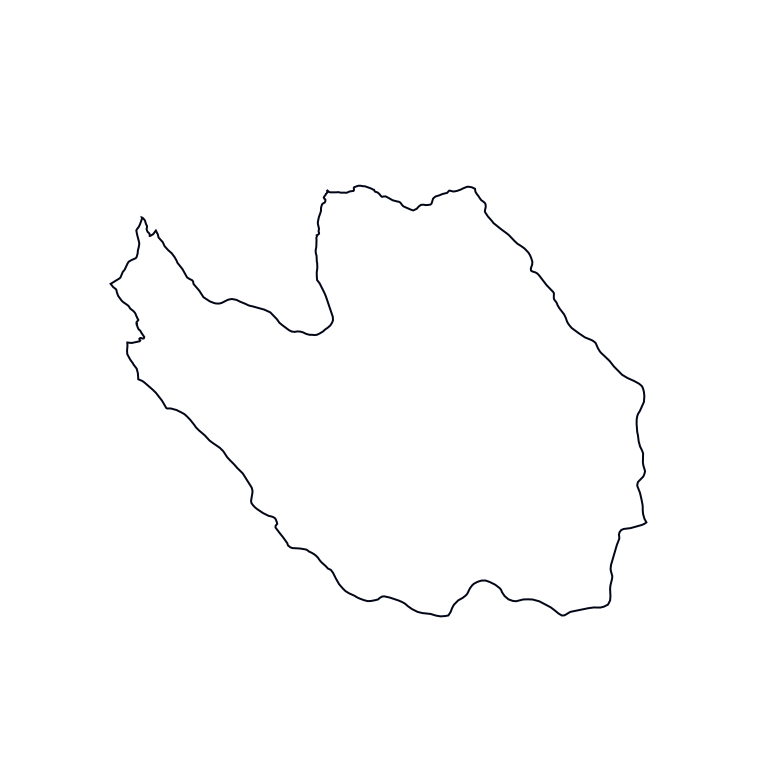 outline of Umbita, Boyacá, Colombia, rotated 286°
{"feature_id": "7082276B74523863570735", "entity_name": "Umbita", "entity_type": "district", "adm_level": 2, "iso_a3": "COL", "parent_name": "Colombia", "parent_adm1": "Boyacá", "projection": "natural_earth1", "projection_center": [-73.449, 5.226], "detail": "fine", "context": "isolated", "style": "outline", "palette": "ink", "viewbox_px": 768, "rotation_deg": 286, "n_neighbors": 0, "source": "geoboundaries", "source_scale": "gbopen_adm2", "svg_char_len": 6164}
<svg xmlns="http://www.w3.org/2000/svg" viewBox="0 0 768 768"><g transform="rotate(286 384 384)"><path d="M453.2,632.2L454.5,629.3L455.0,627.3L455.8,623.7L456.9,616.2L458.5,610.3L464.2,600.2L468.4,594.4L473.8,584.0L474.9,582.4L477.3,579.8L481.8,576.1L482.8,573.8L483.4,571.7L484.2,564.3L486.7,556.6L489.6,548.9L491.2,546.5L492.7,544.5L494.5,542.7L497.4,540.7L500.6,537.9L505.0,531.9L507.6,529.1L509.0,528.1L510.3,526.9L511.1,525.6L512.2,524.3L513.5,523.5L518.1,522.3L519.0,521.4L523.8,513.1L531.5,502.7L532.5,500.8L533.0,498.9L533.1,495.4L533.5,494.1L534.8,493.5L535.7,493.3L539.7,493.5L542.5,492.9L545.9,490.6L548.1,488.8L550.2,486.5L553.0,481.7L554.5,477.5L555.6,473.6L557.4,470.1L561.4,463.3L562.4,461.1L565.0,454.1L568.9,444.8L570.4,442.9L573.7,437.7L576.4,434.5L577.6,433.4L579.6,433.1L581.4,433.1L583.2,432.7L584.6,432.1L585.7,431.3L586.8,428.9L587.5,426.8L588.8,425.1L590.9,422.7L591.9,421.2L594.0,418.9L596.8,417.6L597.3,414.0L596.9,410.8L596.4,409.4L594.0,406.3L591.9,404.0L589.7,400.9L588.4,398.3L588.1,397.1L588.0,394.0L587.8,393.3L585.1,392.0L582.8,387.9L580.4,384.9L578.7,382.2L577.9,381.4L575.8,380.1L571.2,380.0L570.1,379.8L569.2,379.1L568.0,376.4L567.5,374.7L567.2,372.4L566.4,370.2L564.4,368.6L561.4,367.1L559.0,364.4L558.9,363.7L559.0,361.8L559.8,355.8L560.2,353.5L560.8,352.4L562.9,349.7L563.3,347.8L563.1,346.6L563.0,341.6L563.7,338.9L564.8,333.9L564.1,331.8L563.4,330.6L563.5,330.1L563.8,329.4L565.7,326.6L566.4,324.6L566.4,322.6L566.7,321.9L567.9,320.9L567.9,319.8L568.4,317.6L568.8,311.3L568.2,308.5L568.2,307.3L567.7,305.2L566.8,303.6L564.8,301.0L564.2,300.9L562.1,301.7L561.2,301.4L559.6,297.9L557.6,295.5L556.1,289.9L555.9,288.9L555.9,287.4L554.9,284.7L553.4,279.5L553.4,278.2L554.8,275.6L554.0,276.2L553.1,276.5L552.1,276.6L550.5,275.7L549.6,275.7L547.8,274.9L546.6,274.7L545.6,275.7L545.3,276.6L544.7,277.0L543.3,277.2L542.1,277.0L540.4,275.3L539.3,274.9L536.0,274.9L533.0,275.7L531.0,275.7L526.7,275.4L522.0,275.7L519.9,276.2L515.4,278.7L512.5,279.1L511.4,279.9L510.6,280.1L509.6,279.7L508.4,278.3L507.5,278.8L505.7,278.7L504.3,279.3L497.3,281.1L493.4,281.5L490.7,282.5L488.7,283.8L483.1,285.7L481.9,286.4L477.3,287.9L472.6,288.6L469.1,289.7L465.5,291.0L463.0,294.4L455.4,301.4L452.2,304.0L434.4,316.3L431.1,317.4L428.7,317.2L425.6,316.3L422.6,314.4L419.9,312.2L417.8,311.0L415.0,308.4L412.9,306.1L411.9,303.8L411.5,301.5L410.8,299.1L410.7,295.4L411.3,292.0L411.3,289.1L410.7,286.3L409.5,283.8L409.0,281.0L409.5,278.0L412.3,270.6L414.0,266.6L416.7,263.3L421.5,255.0L422.5,248.3L422.4,236.6L422.2,232.4L422.8,229.0L423.5,222.7L424.2,219.1L423.8,214.4L422.9,212.5L421.9,210.7L417.2,205.6L416.0,203.6L415.1,200.4L415.0,198.2L415.4,193.8L417.7,186.5L422.8,180.7L427.6,173.4L430.1,172.1L430.9,170.8L431.4,167.9L432.2,165.3L438.8,158.7L443.6,152.0L445.2,150.8L448.0,148.0L451.1,144.0L453.2,139.6L456.0,135.1L459.3,132.3L462.7,126.9L465.4,125.4L468.6,122.4L464.4,120.8L462.2,118.8L461.8,118.0L463.0,117.6L464.0,116.9L465.2,114.7L467.4,113.1L469.8,112.9L470.6,112.6L471.9,111.3L475.3,109.1L476.4,107.6L477.2,106.1L477.3,105.2L476.2,105.8L470.0,105.4L467.2,104.9L465.1,104.0L463.3,103.6L459.7,105.4L453.3,109.2L451.4,110.1L448.4,110.5L444.6,110.6L441.6,111.2L437.7,111.2L436.5,110.7L433.5,107.1L431.2,104.9L429.3,104.3L422.4,103.2L419.7,102.0L413.6,101.3L412.1,100.2L404.9,93.6L402.5,97.0L401.3,100.1L400.6,100.8L398.1,102.2L395.3,104.3L391.9,108.7L390.9,110.5L389.0,116.1L388.2,117.5L387.2,118.5L386.5,119.4L384.9,123.3L383.6,125.2L382.1,126.5L381.1,127.1L380.2,128.2L379.1,128.8L378.2,130.0L377.7,130.2L375.4,129.2L374.6,129.1L374.1,129.4L373.9,130.0L373.7,130.1L373.2,129.8L372.9,129.8L371.8,130.8L370.7,131.5L368.9,133.1L368.0,135.1L366.4,136.6L363.2,140.5L361.8,140.6L361.4,140.1L361.1,139.2L361.2,137.7L361.1,137.1L360.2,136.4L359.8,136.4L358.6,137.7L357.7,137.3L353.9,130.2L353.1,125.8L349.9,126.9L345.2,127.8L341.9,129.0L337.5,133.3L334.6,137.0L333.7,137.8L330.6,142.0L326.6,144.4L320.8,146.5L320.3,150.8L319.5,153.1L314.8,163.2L312.7,167.1L306.8,175.2L300.9,181.3L300.7,182.4L301.7,185.7L301.8,191.6L300.8,197.2L300.0,200.5L298.8,203.0L296.1,207.7L292.3,213.0L290.4,215.3L288.4,218.9L285.2,225.9L281.6,231.8L280.2,235.4L277.4,243.8L275.1,248.0L270.5,253.3L268.4,256.7L265.4,262.1L262.8,266.1L259.1,272.9L247.9,285.4L245.0,287.1L242.5,287.6L235.1,288.4L233.0,289.4L231.5,291.3L229.9,293.9L228.8,296.5L226.6,303.2L225.4,309.8L225.6,311.2L225.6,313.8L225.0,316.1L224.1,317.2L221.6,319.1L220.1,319.9L217.9,318.9L216.1,319.3L212.1,324.6L208.9,329.1L204.4,334.8L202.4,336.2L201.3,338.7L201.0,341.0L202.7,348.5L203.4,354.5L203.1,356.1L202.2,358.4L201.9,360.7L201.1,363.7L200.0,366.4L198.7,368.6L197.5,369.9L195.6,372.6L192.8,378.3L191.1,381.1L190.7,384.1L188.5,387.0L183.8,391.3L179.2,396.0L176.0,400.9L174.3,404.1L173.2,408.0L172.3,414.0L171.4,417.3L171.0,420.2L170.7,424.5L170.8,428.2L171.8,431.2L173.7,435.0L175.3,437.7L177.0,438.7L179.3,440.9L180.0,443.2L180.3,448.6L179.9,457.7L179.4,461.6L178.6,464.9L177.0,468.2L175.3,473.2L174.2,479.1L174.4,484.2L175.8,492.1L175.7,497.6L176.2,502.3L177.8,506.8L179.3,509.7L183.3,510.9L187.2,511.2L191.0,512.0L196.5,515.0L200.1,518.6L203.3,520.9L205.4,521.9L211.2,522.9L214.7,524.2L216.8,525.5L219.3,528.1L220.7,530.0L222.1,532.3L223.1,535.8L222.8,540.4L221.7,546.3L219.7,551.4L218.4,553.3L216.3,554.9L213.4,558.4L211.3,563.0L211.0,567.6L211.6,570.9L215.3,577.3L216.8,582.1L217.8,586.3L217.9,593.2L215.3,605.7L213.7,609.9L211.5,615.0L210.5,618.8L211.4,621.3L216.3,625.9L224.8,642.2L227.0,647.2L228.7,653.5L230.6,656.8L233.7,660.1L238.2,661.0L242.3,660.2L249.4,657.8L252.6,657.2L259.7,656.9L262.3,656.4L266.5,653.8L268.6,652.8L272.6,652.1L293.4,652.2L300.1,652.8L302.1,652.2L304.1,651.3L306.5,651.3L308.9,652.2L310.7,654.3L313.4,660.7L319.5,670.6L321.4,672.9L323.3,674.4L326.2,671.5L330.4,668.9L334.2,667.4L336.2,666.9L339.0,665.9L344.1,663.3L349.9,660.1L355.8,655.6L356.5,655.3L359.7,655.1L366.6,658.8L369.4,659.1L372.1,659.0L377.3,655.7L379.9,654.5L388.7,652.2L391.3,650.3L394.5,647.4L398.9,644.7L405.0,642.1L407.5,640.7L415.3,637.8L419.9,636.6L423.2,636.3L425.5,636.5L428.6,637.4L438.3,638.8L444.2,637.6L448.5,635.8L451.7,633.8L453.2,632.2Z" fill="none" stroke="#020617" stroke-width="2"/></g></svg>